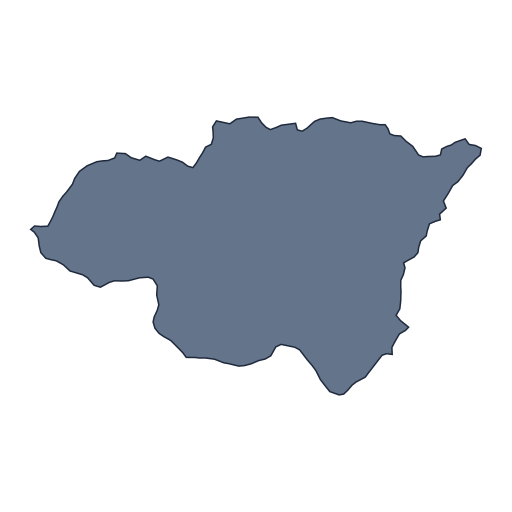 Buritama, São Paulo, Brazil
{"feature_id": "56859067B40000060278467", "entity_name": "Buritama", "entity_type": "district", "adm_level": 2, "iso_a3": "BRA", "parent_name": "Brazil", "parent_adm1": "São Paulo", "projection": "robinson", "projection_center": [-50.2, -21.059], "detail": "fine", "context": "isolated", "style": "filled", "palette": "slate", "viewbox_px": 512, "rotation_deg": 0, "n_neighbors": 0, "source": "geoboundaries", "source_scale": "gbopen_adm2", "svg_char_len": 2370}
<svg xmlns="http://www.w3.org/2000/svg" viewBox="0 0 512 512"><path d="M45.8,258.3L51.0,259.7L56.2,260.8L63.4,264.8L70.0,271.0L82.7,274.8L87.6,277.8L94.1,285.3L100.4,287.2L109.3,282.4L114.4,280.8L122.1,281.0L128.5,280.7L139.5,277.8L148.3,277.2L153.1,279.1L157.3,285.8L156.7,295.0L158.8,304.8L157.3,310.2L154.2,316.9L153.1,322.0L154.9,328.2L159.1,333.4L163.8,336.6L170.6,340.4L175.0,344.7L182.9,352.8L186.2,357.4L195.1,357.5L199.7,358.0L205.6,358.0L214.5,359.2L223.8,362.8L228.9,363.7L238.8,366.1L244.4,365.6L250.9,363.9L258.7,360.6L265.2,359.0L270.8,355.8L275.8,346.9L281.1,344.4L294.7,347.2L299.6,349.8L307.5,360.1L311.9,365.2L315.9,370.6L320.4,379.6L323.7,383.9L329.8,391.6L339.1,394.9L343.7,394.1L347.7,390.3L352.0,385.2L356.1,382.0L365.3,377.1L368.1,373.3L382.0,355.3L386.5,353.7L392.2,354.4L391.9,347.4L395.0,341.5L399.4,333.9L405.5,330.4L408.6,327.2L400.5,320.6L396.1,315.3L399.8,308.9L400.7,301.0L401.0,291.5L400.7,286.5L400.8,280.2L403.4,274.6L405.0,267.8L403.6,262.9L407.7,260.5L414.1,257.0L417.9,252.7L418.8,247.0L420.7,240.8L426.2,236.0L427.2,231.0L429.5,223.8L435.4,221.3L440.3,219.8L439.6,214.1L446.2,208.1L443.4,201.0L448.3,193.3L452.7,185.5L457.9,181.7L463.0,175.2L467.4,167.6L471.4,163.8L475.4,159.2L480.1,155.2L481.3,148.4L475.4,145.5L469.1,144.4L465.1,138.8L459.2,140.9L455.0,142.4L451.3,145.0L447.1,146.3L441.7,149.0L440.4,154.9L435.4,156.3L427.7,156.5L423.2,156.9L418.6,155.0L412.7,146.3L406.2,141.4L400.8,136.0L394.0,135.5L389.8,133.8L388.0,128.8L385.2,124.7L379.8,124.7L372.2,123.4L362.0,121.2L356.6,121.2L350.7,122.8L340.7,120.9L332.3,117.6L326.2,118.2L319.9,119.1L314.5,121.4L307.0,128.2L302.1,131.2L297.3,129.8L295.6,123.3L281.3,125.2L276.4,127.4L270.4,129.6L266.1,127.4L261.6,122.8L257.9,117.2L248.9,117.1L244.4,117.9L236.5,119.1L229.8,123.8L216.4,120.9L212.6,126.9L213.1,131.9L213.3,137.9L211.3,144.3L205.6,147.1L202.3,153.3L199.3,157.9L196.4,163.0L192.9,167.6L187.8,166.2L182.5,162.2L177.3,160.1L173.1,158.7L167.9,157.1L159.5,161.2L154.9,159.8L145.8,156.2L139.8,160.3L131.2,157.7L125.4,153.6L116.8,153.1L114.7,157.9L108.1,160.5L102.3,160.9L96.8,161.7L87.1,165.8L79.4,171.4L74.7,178.4L72.5,184.1L69.3,188.4L66.2,192.5L63.0,196.0L59.0,201.7L57.1,206.8L54.9,211.7L52.8,216.8L50.4,221.5L47.8,226.2L40.6,226.5L34.6,226.0L30.7,229.4L34.3,232.2L38.2,237.9L39.2,245.8L40.8,252.6L45.8,258.3Z" fill="#64748b" stroke="#1e293b" stroke-width="1.5"/></svg>